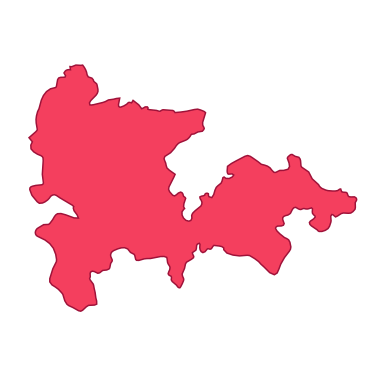 the State of Puebla, rotated 92°
{"feature_id": "MEX-2724", "entity_name": "Puebla", "entity_type": "State", "adm_level": 1, "iso_a3": "MEX", "parent_name": "Mexico", "parent_adm1": "", "projection": "mercator", "projection_center": [-97.844, 19.359], "detail": "fine", "context": "isolated", "style": "filled", "palette": "rose", "viewbox_px": 384, "rotation_deg": 92, "n_neighbors": 0, "source": "natural_earth", "source_scale": "10m", "svg_char_len": 6038}
<svg xmlns="http://www.w3.org/2000/svg" viewBox="0 0 384 384"><g transform="rotate(92 192 192)"><path d="M111.7,230.4L112.4,227.7L112.4,226.8L111.3,225.1L110.8,223.9L111.2,214.0L111.7,213.0L113.2,211.7L112.5,206.1L111.4,199.9L109.5,192.6L109.0,189.2L109.7,186.4L110.7,183.6L111.3,182.3L112.3,181.2L122.1,183.8L124.9,183.6L126.8,182.5L128.0,182.0L129.2,182.4L130.9,183.8L131.8,188.2L133.9,191.9L134.3,194.4L135.2,195.2L136.4,195.8L138.0,197.0L139.4,198.4L140.4,200.0L143.0,205.9L143.9,207.3L146.0,209.2L149.1,211.1L153.5,214.8L157.4,220.4L159.7,221.1L161.9,220.3L164.0,219.3L166.2,218.8L168.8,217.9L171.0,215.4L174.9,209.5L177.7,210.6L187.7,215.2L190.1,215.5L192.5,214.4L195.9,211.2L196.5,209.2L195.2,207.4L193.5,205.6L192.5,203.4L192.6,203.0L193.2,201.8L194.2,201.1L196.7,200.2L197.5,198.9L198.5,198.1L204.0,199.7L207.0,199.9L208.9,198.8L209.5,199.6L212.2,201.3L215.4,201.1L218.3,199.6L220.5,197.2L221.3,194.1L220.4,192.1L218.3,191.2L215.4,191.5L214.0,191.0L212.8,190.3L210.5,188.1L205.8,182.7L203.9,181.8L202.0,181.7L200.2,182.4L198.4,183.6L196.7,184.0L195.9,182.6L195.4,180.6L194.8,179.2L193.8,179.0L193.2,178.5L192.8,177.8L192.7,176.7L193.1,175.6L195.0,175.4L196.1,174.9L196.9,172.0L193.8,170.2L189.4,169.1L186.5,167.9L184.9,166.4L182.2,163.3L180.2,162.4L176.6,161.6L175.9,160.5L177.2,158.6L177.2,155.3L175.6,152.3L173.6,150.9L172.5,152.5L172.9,156.0L172.5,156.9L170.8,157.5L169.4,157.6L165.1,157.4L162.2,153.7L159.5,149.2L154.4,140.2L153.6,137.6L154.3,135.1L155.8,132.6L159.3,127.2L161.9,123.7L162.6,120.4L163.5,117.5L165.1,114.9L167.6,112.8L169.5,110.8L169.5,109.0L167.4,105.1L167.2,101.1L165.9,96.8L163.2,95.4L159.7,96.0L155.0,97.9L154.2,97.7L153.4,97.2L151.8,95.5L151.1,94.4L151.0,93.2L152.7,90.3L153.6,86.4L155.3,85.1L156.9,84.6L162.1,84.0L163.3,83.3L167.9,76.1L174.7,72.3L180.2,65.8L181.7,64.9L182.9,63.7L183.9,62.3L185.4,58.4L185.9,56.1L186.1,51.4L186.0,48.8L185.5,46.5L184.0,44.5L183.8,43.5L186.4,42.5L186.9,41.2L187.0,38.0L187.7,36.9L190.3,35.9L191.2,34.9L191.4,33.1L191.2,29.4L192.2,27.8L193.4,27.2L194.6,27.3L196.9,28.5L201.7,28.2L203.6,28.5L206.0,30.5L207.5,32.6L207.8,34.9L207.7,40.0L208.4,42.2L210.9,45.7L211.9,47.7L209.8,50.4L209.6,51.5L211.4,52.5L216.0,52.0L217.4,52.2L221.5,53.4L223.8,54.8L225.7,57.5L226.9,60.8L227.0,63.6L226.4,64.7L225.5,65.5L221.7,71.5L220.3,73.0L218.4,73.6L217.0,72.7L214.6,69.5L212.7,68.0L211.7,68.3L210.7,69.5L209.2,70.8L207.7,71.1L204.6,71.0L203.7,72.0L204.9,75.6L205.0,77.4L204.6,79.4L204.7,80.3L205.7,82.6L205.6,83.9L205.1,85.2L203.7,87.8L204.2,89.7L205.8,91.0L209.7,92.8L210.5,93.6L211.7,95.4L212.3,97.6L213.1,99.3L214.4,100.4L216.3,100.4L220.4,98.8L222.0,99.5L222.8,101.5L223.1,105.4L223.9,106.6L224.9,107.2L225.6,107.2L228.0,105.7L230.8,102.7L234.3,98.0L235.2,95.8L236.4,93.8L238.8,92.4L243.4,91.3L245.8,91.6L248.0,92.8L254.3,97.3L261.0,100.8L266.1,102.5L270.0,104.1L271.8,106.8L269.9,111.5L264.4,117.4L261.9,120.4L259.2,123.0L256.4,127.0L253.5,132.2L253.3,134.6L254.2,142.3L253.6,148.9L251.8,155.0L248.6,158.2L246.7,158.4L245.5,160.3L245.0,163.0L244.6,168.3L245.7,169.3L247.2,170.1L248.4,171.2L248.5,172.1L248.1,174.1L248.5,174.8L251.2,176.9L252.2,179.0L251.3,180.7L249.4,181.9L247.3,182.3L244.0,182.2L243.0,182.9L243.9,184.8L245.2,185.5L248.6,185.7L250.0,186.1L252.6,189.5L253.9,189.2L256.3,188.0L257.6,188.2L259.2,190.1L262.3,195.0L264.1,196.0L268.6,196.8L274.3,199.0L276.5,198.5L278.7,197.4L279.9,197.2L281.0,197.4L283.9,198.5L286.9,199.9L288.1,200.7L288.2,201.5L287.5,202.8L285.6,204.3L282.2,208.6L280.9,209.5L280.1,209.7L278.6,209.5L277.6,209.6L276.8,210.1L276.0,212.0L274.6,213.0L272.7,212.5L270.5,211.6L268.5,211.3L267.1,211.7L264.6,213.4L263.1,214.0L259.4,214.6L258.2,215.0L257.4,217.6L257.6,221.2L259.9,231.2L260.1,234.9L260.5,237.5L262.2,242.7L262.2,245.0L261.4,245.9L257.4,247.0L256.3,247.7L254.5,251.4L251.1,254.3L250.0,257.4L250.3,260.8L251.4,264.2L253.3,268.3L254.8,270.1L255.8,270.7L257.7,271.2L259.4,270.9L262.8,269.3L264.1,269.5L266.2,270.8L269.8,271.4L270.8,271.6L271.8,272.2L272.9,274.5L273.5,278.5L276.0,281.5L276.5,283.3L274.9,286.9L274.6,288.9L275.6,290.6L277.0,291.0L280.3,290.7L282.0,291.3L283.3,290.8L287.6,287.4L289.0,287.0L291.8,286.4L295.9,285.3L301.2,284.4L304.3,283.5L307.4,283.3L308.4,285.5L308.9,291.4L310.3,293.5L314.0,297.2L315.0,299.0L314.6,301.2L311.6,307.0L309.8,311.3L308.5,313.1L305.2,315.3L298.8,317.5L297.4,318.6L293.9,322.1L291.8,325.1L289.7,328.7L286.8,331.0L283.5,331.1L273.6,328.4L266.3,325.1L264.2,325.0L259.1,326.0L253.0,328.6L248.5,332.4L245.1,337.2L241.8,344.5L241.0,345.9L239.7,346.8L238.2,347.2L236.6,347.0L235.2,346.4L234.0,345.5L233.0,344.1L229.8,339.1L229.4,334.2L228.4,333.0L224.7,330.4L221.2,328.5L219.6,327.3L218.4,325.7L218.1,322.2L219.2,317.5L222.0,309.0L222.0,304.6L218.9,306.0L214.9,309.2L212.2,310.1L210.7,309.7L209.4,311.1L202.5,323.7L200.1,327.5L199.5,329.5L200.0,331.4L201.1,333.0L203.6,334.7L205.0,336.0L207.0,338.6L208.2,341.0L208.6,344.2L207.1,346.4L201.8,351.1L200.6,352.0L195.3,354.2L193.6,354.1L192.5,353.2L191.8,351.7L190.9,348.5L190.0,342.2L189.3,341.2L188.2,340.8L179.6,342.2L165.9,341.8L163.0,342.1L161.9,342.8L161.0,344.1L159.6,347.8L157.4,351.6L154.5,354.4L150.8,354.7L147.4,353.3L143.4,356.8L137.4,350.4L136.0,349.2L134.9,348.8L128.5,350.1L124.9,350.4L121.4,350.1L117.0,349.1L114.1,347.8L105.5,345.8L100.7,343.8L96.7,340.9L93.8,337.0L92.3,331.8L91.2,331.2L84.3,330.2L82.7,329.2L82.0,327.4L81.7,323.0L80.3,322.4L77.5,324.1L75.7,323.0L74.7,321.9L74.2,320.6L74.0,319.2L74.1,317.7L70.9,318.3L71.0,316.6L69.2,312.5L69.3,307.5L69.0,305.7L71.3,303.9L73.5,302.6L75.8,301.6L78.6,300.9L80.6,299.7L81.7,296.0L83.3,294.6L84.9,294.0L87.2,291.1L88.4,290.6L92.7,289.6L94.7,289.5L96.7,290.1L98.5,291.2L104.1,296.3L106.5,297.6L108.5,297.1L108.6,295.7L108.2,293.5L105.7,284.4L104.7,281.8L102.9,278.7L102.0,273.6L101.2,270.9L100.7,267.5L107.0,268.5L108.9,268.3L109.6,267.5L109.7,266.3L108.4,263.2L106.6,260.4L104.8,258.7L104.6,257.4L105.0,255.5L102.5,254.1L106.7,248.3L110.5,245.2L109.8,243.6L108.6,241.8L108.5,239.6L109.3,238.9L110.8,239.0L111.2,237.5L111.7,230.4Z" fill="#f43f5e" stroke="#9f1239" stroke-width="1.5"/></g></svg>